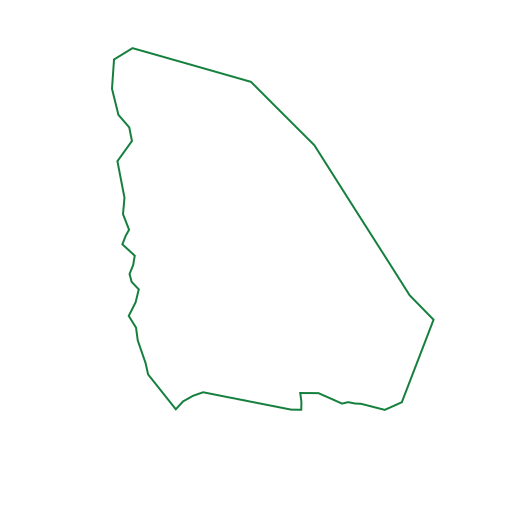 an SVG outline of Hoima, rotated 105°
{"feature_id": "UGA-3105", "entity_name": "Hoima", "entity_type": "District", "adm_level": 1, "iso_a3": "UGA", "parent_name": "Uganda", "parent_adm1": "", "projection": "equal_earth", "projection_center": [31.113, 1.442], "detail": "fine", "context": "isolated", "style": "outline", "palette": "green", "viewbox_px": 512, "rotation_deg": 105, "n_neighbors": 0, "source": "natural_earth", "source_scale": "10m", "svg_char_len": 734}
<svg xmlns="http://www.w3.org/2000/svg" viewBox="0 0 512 512"><g transform="rotate(105 256 256)"><path d="M89.1,305.9L104.4,279.5L133.9,228.3L181.2,176.9L229.2,124.5L254.2,97.4L271.6,68.0L359.5,77.3L371.3,91.8L371.6,116.3L372.9,122.4L373.3,129.1L376.3,134.7L372.3,160.2L376.9,177.8L385.1,174.4L392.8,172.5L395.3,182.3L399.7,247.5L401.3,271.8L407.3,280.6L415.3,288.8L424.8,293.8L398.3,329.6L388.1,334.9L368.1,348.4L356.3,353.3L346.8,363.4L331.8,360.3L318.6,360.6L313.2,369.4L306.1,373.5L296.5,372.3L287.1,373.2L279.3,388.1L270.2,387.1L263.5,385.4L250.0,395.3L233.8,398.1L200.3,414.4L177.0,405.6L164.6,411.7L155.3,425.4L131.7,438.4L102.9,444.0L87.2,429.1L87.8,388.0L89.1,305.9Z" fill="none" stroke="#15803d" stroke-width="2"/></g></svg>